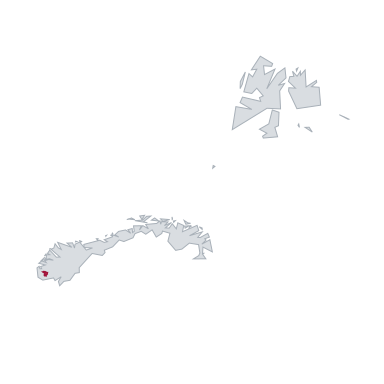 Bygland nor, Aust-Agder, Norway (highlighted), rotated 42°
{"feature_id": "86288312B73251107165471", "entity_name": "Bygland nor", "entity_type": "district", "adm_level": 2, "iso_a3": "NOR", "parent_name": "Norway", "parent_adm1": "Aust-Agder", "projection": "mercator", "projection_center": [7.603, 58.872], "detail": "fine", "context": "in_parent", "style": "filled", "palette": "rose", "viewbox_px": 384, "rotation_deg": 42, "n_neighbors": 0, "source": "geoboundaries", "source_scale": "gbopen_adm2", "svg_char_len": 4756}
<svg xmlns="http://www.w3.org/2000/svg" viewBox="0 0 384 384"><g transform="rotate(42 192 192)"><path d="M203.2,237.4L196.2,240.8L197.3,243.0L195.6,249.4L187.7,246.8L185.9,254.3L180.6,255.2L177.5,261.0L178.8,265.5L174.5,274.4L170.0,276.4L169.7,285.9L165.8,293.9L167.9,295.2L167.8,299.2L158.9,304.5L158.8,323.7L162.2,327.3L159.5,330.7L160.4,339.3L156.6,344.1L156.4,350.2L152.6,347.9L151.5,342.5L149.5,349.5L146.6,348.5L140.1,357.3L134.6,358.4L127.6,352.1L128.1,349.5L130.4,350.8L131.6,349.6L129.4,348.7L131.8,344.4L125.8,347.5L126.6,343.7L130.9,342.0L128.6,341.6L130.6,338.1L134.6,335.5L130.6,337.0L125.9,343.7L126.2,339.5L128.4,339.2L125.8,336.1L128.2,333.8L125.7,334.3L125.2,330.4L134.8,331.2L137.4,328.7L125.7,328.9L126.8,326.0L124.9,322.1L130.0,323.0L133.3,322.2L125.9,319.3L139.7,313.5L133.3,313.6L137.3,309.7L142.2,312.3L140.0,309.1L142.0,304.4L152.3,305.9L155.5,300.2L149.0,305.4L146.7,303.3L155.7,289.6L160.5,288.2L162.4,285.5L158.7,286.2L162.9,278.5L161.8,276.8L167.7,274.5L163.4,275.3L163.8,270.4L168.0,264.7L174.1,263.7L169.6,262.9L172.0,259.2L175.0,261.9L175.4,259.8L171.2,256.3L176.9,251.0L178.4,255.4L177.9,249.9L184.2,248.5L179.3,247.1L186.8,239.0L187.5,234.8L190.3,236.9L189.2,234.5L194.2,230.3L194.0,235.4L197.2,228.4L196.2,236.5L199.2,234.1L198.6,228.8L205.0,229.9L202.1,224.4L208.3,222.4L211.5,227.9L218.1,213.4L222.9,216.2L219.4,226.1L226.3,214.8L226.6,221.9L228.5,220.5L231.4,212.2L235.1,213.9L232.8,218.2L234.6,218.3L234.2,224.2L237.2,215.5L247.2,222.9L237.0,225.6L241.3,231.1L247.0,232.4L237.8,240.8L239.6,234.8L238.7,232.1L232.1,226.7L224.2,231.8L222.7,241.2L218.9,246.3L207.0,244.7L203.2,237.4ZM178.0,37.6L185.5,44.3L184.7,55.0L188.2,49.4L189.5,58.2L202.2,71.0L191.7,79.6L180.2,118.7L167.5,99.2L181.2,90.6L167.9,93.4L166.0,87.7L182.4,78.7L179.0,76.7L180.6,72.9L170.7,71.5L170.5,78.8L163.5,82.9L155.1,65.9L160.0,65.9L158.0,57.4L154.4,61.5L151.9,45.4L166.0,42.6L167.1,45.3L160.7,50.3L167.3,56.2L171.4,45.1L178.5,65.3L176.1,46.7L178.0,37.6ZM194.4,25.6L206.5,37.6L209.8,25.8L211.3,27.1L210.3,33.8L216.4,29.1L229.5,41.4L214.2,59.9L196.3,52.4L194.2,49.7L199.4,45.6L189.7,45.3L187.5,40.8L190.3,37.9L185.9,35.0L192.6,35.7L191.8,29.8L194.5,32.7L194.4,25.6ZM203.3,74.5L211.9,84.9L210.3,88.5L218.7,93.7L208.9,104.2L207.1,103.3L208.3,98.2L200.1,100.2L203.5,90.0L196.8,77.3L203.3,74.5ZM175.8,246.7L179.5,244.7L168.7,251.5L174.1,246.0L174.5,240.5L177.5,237.4L175.8,246.7ZM181.6,236.3L186.7,235.8L180.7,240.1L181.6,236.3ZM186.6,233.0L193.9,227.4L190.0,233.4L186.6,233.0ZM151.3,67.1L157.3,78.3L158.6,83.0L154.0,77.6L151.3,67.1ZM172.4,241.0L173.2,246.0L169.2,244.8L172.4,241.0ZM211.9,216.2L209.0,220.1L205.1,218.4L209.6,217.7L211.9,216.2ZM212.4,219.0L211.1,223.5L209.4,222.3L212.4,219.0ZM164.2,251.9L168.1,250.8L163.9,253.9L164.2,251.9ZM259.4,33.5L249.7,36.0L259.8,32.9L259.4,33.5ZM235.7,65.5L241.3,67.0L232.8,68.3L235.7,65.5ZM220.7,213.0L223.6,212.0L224.6,213.0L220.7,213.0ZM214.3,217.8L213.7,220.3L212.9,218.2L214.3,217.8ZM198.8,224.4L198.7,226.8L197.6,226.0L198.8,224.4ZM191.9,157.6L191.5,160.5L190.0,158.1L191.9,157.6ZM228.6,72.1L226.1,71.5L225.8,70.0L228.6,72.1ZM153.5,289.5L154.2,291.1L152.2,290.7L153.5,289.5ZM193.8,223.9L195.3,224.8L196.1,226.2L193.8,223.9ZM187.7,29.0L188.8,32.2L187.1,31.0L187.7,29.0ZM143.0,303.4L140.6,303.5L143.1,302.6L143.0,303.4ZM139.6,305.8L138.8,307.1L138.4,306.4L139.6,305.8ZM163.3,254.4L162.0,256.1L163.4,253.3L163.3,254.4ZM125.4,336.6L125.2,338.4L125.0,336.1L125.4,336.6ZM160.8,277.1L160.3,275.8L161.0,275.9L160.8,277.1ZM241.9,228.9L241.6,230.8L241.5,230.5L241.9,228.9ZM161.5,278.4L160.1,278.6L161.8,278.0L161.5,278.4ZM157.5,281.3L157.6,282.6L157.0,282.2L157.5,281.3ZM124.8,328.8L124.2,330.0L124.4,329.0L124.8,328.8Z" fill="#d9dde1" stroke="#a8b0b8" stroke-width="1"/><path d="M138.5,348.7L138.3,348.9L138.2,349.0L137.9,349.2L137.7,349.2L137.4,349.2L137.4,349.3L137.2,349.4L136.9,349.4L136.7,349.5L136.4,349.6L136.2,349.5L135.9,349.8L135.5,350.1L135.4,350.1L135.3,350.3L135.3,350.5L135.2,350.6L134.9,350.6L134.9,350.8L135.0,350.8L134.9,351.0L134.7,351.2L134.8,351.2L135.1,351.2L135.3,351.2L135.5,351.1L135.8,351.0L136.0,351.0L136.1,350.9L136.3,350.9L136.5,350.8L136.6,350.7L136.8,350.7L136.8,350.8L137.0,350.8L137.3,350.9L137.3,351.0L137.4,351.3L137.5,351.3L137.6,351.6L137.7,351.8L137.6,352.0L137.8,352.1L137.9,352.3L138.0,352.4L138.0,352.5L138.3,352.5L138.4,352.8L138.5,352.8L138.7,352.7L138.8,352.7L139.0,352.5L139.1,352.4L139.2,352.2L139.3,352.0L139.3,351.9L139.2,351.9L139.3,351.8L139.3,351.7L139.2,351.7L139.3,351.7L139.2,351.6L139.2,351.4L139.3,351.3L139.3,351.2L139.3,350.9L139.2,350.8L139.3,350.7L139.2,350.4L139.2,350.2L139.3,350.2L139.3,349.9L139.2,349.9L139.0,349.7L138.9,349.5L138.9,349.4L138.7,349.2L138.6,348.9L138.5,348.7L138.5,348.7Z" fill="#f43f5e" stroke="#9f1239" stroke-width="1.5"/></g></svg>